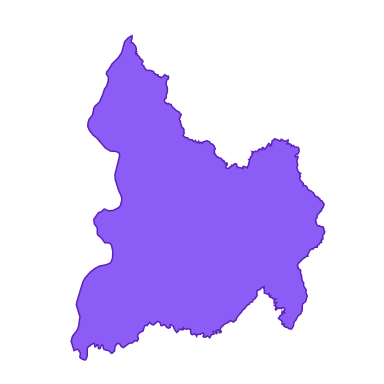 the district of Puerto Boyacá, Boyacá, Colombia, rotated 356°
{"feature_id": "7082276B10585708061512", "entity_name": "Puerto Boyacá", "entity_type": "district", "adm_level": 2, "iso_a3": "COL", "parent_name": "Colombia", "parent_adm1": "Boyacá", "projection": "orthographic", "projection_center": [-74.402, 6.004], "detail": "fine", "context": "isolated", "style": "filled", "palette": "violet", "viewbox_px": 384, "rotation_deg": 356, "n_neighbors": 0, "source": "geoboundaries", "source_scale": "gbopen_adm2", "svg_char_len": 6054}
<svg xmlns="http://www.w3.org/2000/svg" viewBox="0 0 384 384"><g transform="rotate(356 192 192)"><path d="M61.0,332.4L63.3,342.0L66.5,340.9L67.4,341.2L69.4,344.9L68.6,349.0L69.9,350.5L73.4,352.2L74.4,351.7L76.0,348.6L76.7,340.5L77.7,339.3L83.0,336.1L84.0,336.4L84.3,339.6L85.2,339.5L86.4,337.7L87.4,337.8L87.8,341.4L88.3,341.9L89.5,341.6L90.8,338.7L92.1,338.4L92.7,339.2L92.5,341.5L93.3,342.9L98.5,344.8L100.1,347.1L101.0,347.3L103.7,345.1L104.3,341.0L106.9,338.0L108.4,338.0L109.9,339.5L110.6,341.2L112.6,342.5L118.8,338.5L122.2,338.3L124.5,336.3L127.0,336.9L128.4,334.5L127.7,332.0L128.2,330.2L130.1,328.5L133.5,327.2L135.3,322.4L136.2,321.8L137.9,322.1L140.5,319.2L142.8,321.4L144.4,321.9L148.4,318.9L149.6,318.9L150.9,319.8L151.7,323.1L152.9,323.3L155.4,322.2L157.2,325.1L159.0,326.2L160.9,325.6L160.7,323.1L161.7,322.8L164.1,324.8L165.0,327.9L166.9,331.0L168.4,330.1L169.8,328.0L172.1,328.6L173.7,327.1L173.6,328.6L175.3,327.6L176.8,328.6L178.5,328.0L181.1,329.2L180.9,332.5L181.6,334.0L182.8,334.4L184.9,333.5L186.6,336.3L187.2,334.4L190.3,334.6L192.8,333.4L193.8,334.3L193.8,335.6L192.9,336.7L193.4,337.5L195.4,337.8L197.4,336.5L199.5,338.7L201.6,335.7L204.2,335.2L203.3,333.3L203.6,332.4L205.7,333.2L205.9,334.5L206.8,335.0L207.3,333.7L206.6,331.8L208.7,331.3L209.4,332.4L209.2,334.1L210.8,334.3L211.5,333.4L210.6,331.6L211.2,329.4L215.2,326.1L219.5,324.4L221.3,323.0L224.5,324.7L226.0,323.1L226.9,323.0L228.1,320.1L233.4,314.8L234.3,313.2L235.8,312.6L239.6,308.4L241.3,308.0L241.8,306.6L244.9,305.6L245.3,303.8L247.2,303.0L249.7,300.0L249.8,294.9L252.7,294.2L255.7,291.8L256.9,291.5L257.5,291.6L256.8,292.8L257.4,295.0L257.0,297.7L261.0,299.5L262.0,298.9L261.7,300.7L262.0,301.5L263.0,301.3L262.4,302.2L262.8,302.6L264.9,303.3L265.3,304.1L268.0,304.6L266.5,305.5L266.3,306.3L266.3,308.6L268.5,308.3L267.4,310.4L266.2,310.7L268.0,312.6L266.9,314.4L267.1,315.4L268.0,315.4L269.6,313.3L270.5,314.3L272.3,313.9L273.0,314.7L273.9,313.8L275.2,313.6L276.4,315.1L276.3,316.0L275.2,316.8L276.1,319.1L274.5,318.8L273.6,317.5L273.0,319.1L273.3,320.7L271.5,321.3L269.4,324.2L272.7,326.9L272.6,330.3L274.9,330.2L274.0,331.7L274.5,332.3L276.0,333.5L277.3,333.4L278.9,335.0L281.7,335.7L283.6,333.1L284.8,328.8L286.7,327.0L289.0,323.1L292.2,320.9L292.5,319.4L293.5,318.4L294.3,311.7L297.9,308.9L299.7,303.5L298.6,300.8L299.0,297.3L296.9,293.9L297.0,290.1L296.1,289.0L295.4,285.7L295.4,282.5L294.6,280.8L294.9,277.6L292.3,275.4L292.8,274.4L291.9,272.9L293.0,270.8L297.7,266.6L301.8,264.1L303.2,264.1L303.0,262.6L305.5,258.4L307.0,257.4L308.8,257.4L310.5,255.6L313.0,255.9L313.7,253.7L314.8,253.4L316.2,251.6L317.8,251.2L317.3,249.7L318.1,249.2L318.2,248.2L319.3,248.0L319.5,243.9L321.1,242.7L321.7,240.5L320.6,239.1L321.1,237.6L320.1,235.7L318.0,235.6L316.9,234.5L315.7,235.0L314.2,233.2L313.2,228.1L314.8,226.7L315.4,223.6L320.1,219.3L320.1,218.1L321.5,216.8L323.0,213.4L321.0,210.0L319.4,209.2L319.1,207.9L316.5,205.4L314.6,204.9L313.3,201.7L311.3,199.7L307.9,197.6L306.6,194.4L305.0,193.3L303.4,193.3L303.7,191.1L301.1,188.1L300.3,186.1L300.2,185.4L301.3,184.3L300.6,182.1L301.7,181.0L299.7,179.5L298.2,175.4L299.4,172.2L298.6,168.7L300.3,164.5L299.7,163.6L297.8,164.3L297.4,163.4L297.7,162.3L300.5,161.2L301.6,159.2L301.8,156.8L301.2,155.2L300.4,154.6L297.9,154.4L296.3,152.5L294.1,153.3L294.2,151.6L292.8,150.7L290.3,150.8L290.2,150.1L291.2,149.4L291.5,146.8L288.5,148.0L284.7,145.6L283.8,147.3L278.2,144.6L277.0,146.0L275.6,146.3L274.5,150.9L273.1,151.6L273.1,149.7L271.9,148.9L267.9,154.3L267.1,154.3L266.5,152.9L265.6,152.5L265.0,152.9L264.6,154.7L262.1,153.8L259.6,156.3L257.7,155.7L256.5,156.5L254.9,156.0L255.7,157.1L254.5,157.5L254.6,159.9L252.8,161.1L252.3,163.1L250.9,163.5L251.6,164.5L250.3,168.2L250.5,169.3L249.1,170.3L248.9,171.7L245.5,170.0L244.4,170.5L244.3,172.2L241.4,170.9L239.9,170.9L238.7,169.5L238.4,167.2L237.4,166.8L236.2,166.9L234.6,168.4L233.5,168.0L233.2,169.1L230.9,170.0L230.4,171.1L227.9,170.7L227.5,168.6L227.9,167.9L228.8,167.7L229.2,166.0L228.6,165.4L227.9,166.2L227.1,165.9L226.7,164.4L226.0,164.3L226.0,162.8L224.5,162.5L223.6,160.6L220.9,159.6L220.4,158.8L219.2,158.7L217.9,155.8L216.7,155.2L217.2,154.3L217.2,151.8L218.2,150.8L217.3,147.6L215.7,145.7L213.6,144.9L213.1,143.2L210.4,141.9L206.2,142.9L205.5,144.2L204.1,143.0L202.8,143.7L202.1,141.8L201.1,143.0L200.0,143.1L198.9,140.8L197.2,141.9L195.9,139.9L192.8,139.5L191.3,137.5L189.8,137.4L187.3,135.6L187.0,134.5L187.7,134.1L188.4,132.2L187.9,131.5L188.4,129.7L187.9,127.8L187.1,127.7L186.5,126.6L185.3,121.9L185.4,120.5L184.3,118.7L186.7,113.9L185.4,112.8L185.0,111.5L181.7,109.4L178.0,105.3L177.2,103.1L175.8,103.0L174.7,102.0L173.7,102.5L172.9,101.5L171.8,101.5L170.8,99.6L171.1,97.6L172.9,96.4L173.2,93.2L174.4,90.5L174.7,87.0L174.3,84.5L173.6,83.6L173.7,82.1L174.6,78.4L176.5,77.4L176.6,74.8L175.5,74.9L173.0,73.1L170.9,75.2L168.8,75.7L168.1,74.8L166.6,74.6L166.2,72.7L164.4,72.7L164.1,71.9L162.3,70.8L162.4,69.8L161.4,68.8L159.1,67.8L155.4,67.5L153.7,65.8L153.6,64.9L152.8,64.2L152.8,63.0L150.9,61.3L151.2,59.7L152.2,58.7L152.0,57.5L150.9,56.1L149.7,55.7L149.3,54.2L147.7,52.0L145.8,50.7L146.7,50.1L145.3,49.3L145.6,48.5L146.6,48.1L146.1,47.4L146.5,45.6L145.9,42.8L143.5,39.3L141.6,38.2L143.1,33.7L143.0,31.8L138.7,34.1L135.3,37.4L131.6,48.0L127.7,53.1L121.2,58.6L117.1,64.6L115.2,66.3L114.8,68.6L116.6,71.5L116.1,75.6L114.3,80.3L111.8,83.3L110.2,87.6L106.1,95.7L101.3,99.5L100.0,101.4L98.1,108.3L94.5,112.1L93.2,115.4L92.6,119.3L94.0,123.4L97.2,128.2L100.8,131.5L108.7,142.1L113.6,145.5L119.2,146.3L122.1,148.0L122.3,150.9L116.4,169.1L116.3,174.1L118.8,184.8L121.0,190.8L121.5,193.5L121.2,196.0L119.6,200.6L117.8,202.4L112.1,204.9L107.8,204.9L105.3,204.1L104.2,203.0L103.0,203.0L100.1,205.4L97.4,205.9L92.1,212.5L92.4,217.0L95.0,221.3L94.6,227.1L95.5,228.9L98.2,231.2L101.4,236.5L106.4,237.2L107.9,239.3L108.9,246.2L108.1,252.3L106.5,255.9L105.1,257.3L101.4,258.6L94.6,259.4L90.2,261.3L85.2,264.6L79.4,270.2L76.9,274.1L69.3,294.0L68.8,296.8L71.5,308.6L69.6,317.8L67.9,321.7L62.7,327.6L61.0,332.4Z" fill="#8b5cf6" stroke="#5b21b6" stroke-width="1.5"/></g></svg>